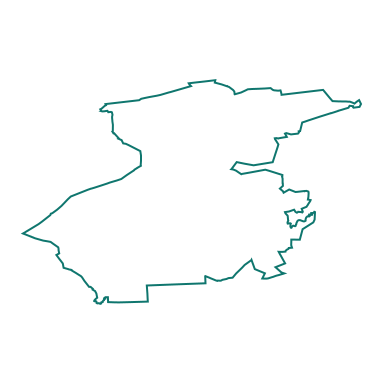 Viesatu pag., Jaunpils, Latvia
{"feature_id": "27541924B50646046706216", "entity_name": "Viesatu pag.", "entity_type": "district", "adm_level": 2, "iso_a3": "LVA", "parent_name": "Latvia", "parent_adm1": "Jaunpils", "projection": "equal_earth", "projection_center": [22.874, 56.816], "detail": "fine", "context": "isolated", "style": "outline", "palette": "teal", "viewbox_px": 384, "rotation_deg": 0, "n_neighbors": 0, "source": "geoboundaries", "source_scale": "gbopen_adm2", "svg_char_len": 5725}
<svg xmlns="http://www.w3.org/2000/svg" viewBox="0 0 384 384"><path d="M105.5,104.1L106.0,105.2L104.8,105.8L101.4,108.8L100.3,109.3L101.4,111.0L101.2,111.1L101.9,111.3L102.2,111.4L104.2,111.3L107.4,110.8L107.5,110.9L108.3,112.2L110.9,111.9L111.9,112.3L112.5,114.8L112.1,116.6L112.1,117.9L112.4,121.1L112.4,121.5L112.9,124.8L112.8,131.4L112.4,131.6L113.5,133.4L114.1,133.2L118.8,138.4L118.4,138.7L121.6,140.1L123.0,143.0L123.2,143.4L125.8,143.8L128.6,145.1L136.2,149.0L140.3,151.1L141.0,155.5L141.0,160.8L140.8,163.6L140.7,164.9L140.9,165.8L137.2,167.9L137.2,168.0L134.4,169.7L134.2,170.2L126.9,175.0L121.3,179.0L116.8,180.5L112.7,181.7L109.7,182.6L107.3,183.5L100.0,185.9L94.4,187.7L91.4,188.6L91.1,188.6L87.7,189.8L70.8,196.5L67.8,199.3L61.5,205.9L57.1,209.7L52.3,213.2L50.8,213.7L50.3,215.1L41.9,221.7L38.6,224.1L30.7,228.9L23.0,233.5L35.1,238.3L43.2,240.6L47.4,241.3L50.6,241.9L53.2,243.8L58.2,247.3L58.5,248.3L58.6,250.4L59.2,253.4L56.4,255.0L58.1,257.3L59.2,258.8L61.4,261.6L62.1,262.6L62.8,263.4L63.6,267.8L68.5,269.2L69.1,269.5L70.7,269.7L71.4,269.9L71.3,270.2L73.6,271.6L75.8,272.9L78.3,274.5L79.9,275.5L80.6,275.9L81.0,276.2L81.3,276.5L82.2,277.5L82.5,278.0L84.4,280.9L89.1,286.9L90.6,286.9L92.9,288.9L92.6,289.6L95.1,291.1L96.4,293.6L96.7,295.3L97.2,297.7L95.5,299.1L94.3,300.5L94.2,301.1L94.4,301.2L94.8,301.1L95.1,301.3L95.5,301.3L95.7,301.2L96.1,301.3L96.3,301.4L96.4,301.6L96.4,301.8L96.6,302.3L96.6,302.7L96.6,302.9L96.6,303.0L96.9,303.1L97.1,303.3L97.6,303.4L97.9,303.3L98.5,303.2L98.8,303.3L99.0,303.2L99.3,303.3L100.1,303.8L100.4,303.8L101.1,303.5L101.1,303.4L101.2,303.1L101.3,302.7L101.2,302.6L101.2,302.4L101.3,302.3L101.5,302.3L101.8,302.2L102.1,302.2L102.6,302.1L102.6,301.8L102.6,301.5L102.7,301.3L103.0,301.1L103.2,300.7L103.4,300.6L103.7,300.3L104.0,300.2L104.1,299.9L104.2,299.6L104.1,299.4L103.9,299.1L104.0,298.8L104.6,298.8L105.1,298.8L105.3,298.7L105.2,298.3L105.0,298.2L104.8,298.2L104.7,298.1L104.6,297.8L104.8,297.7L105.1,297.6L105.2,297.4L105.5,297.2L107.9,297.2L108.1,302.1L113.7,302.3L118.8,302.4L131.0,302.1L147.8,301.6L147.6,298.1L147.4,293.6L146.8,285.5L175.4,284.4L191.5,283.8L205.5,283.3L205.2,276.2L205.3,276.1L209.6,277.8L210.2,278.1L214.1,279.7L215.5,280.3L217.3,280.9L217.6,280.6L220.8,280.7L222.5,279.8L226.4,279.0L228.5,278.1L232.6,277.7L236.2,273.4L238.6,271.1L242.2,267.6L244.6,265.0L245.0,264.7L251.4,260.1L251.5,259.9L252.3,262.2L253.0,264.1L254.8,269.1L264.9,273.3L262.3,278.5L263.8,278.6L266.6,278.6L267.3,278.5L268.1,278.4L271.9,277.2L273.0,276.9L275.4,276.0L276.3,275.7L277.4,275.4L278.7,275.1L280.6,274.5L283.4,273.7L283.9,273.5L284.2,273.4L281.5,272.5L275.5,267.2L285.1,263.4L282.1,258.0L280.9,255.8L279.9,254.1L278.7,251.8L281.1,251.9L282.2,251.9L285.4,251.6L285.4,251.2L286.6,249.8L288.4,248.9L288.7,248.0L292.0,247.7L291.2,245.2L291.3,241.5L291.3,239.6L293.4,239.6L299.8,239.7L302.6,229.2L313.3,222.4L314.6,219.6L315.0,212.1L314.3,211.8L314.0,212.3L313.4,212.8L313.0,213.0L312.5,213.0L311.8,213.0L311.1,213.1L311.1,213.4L311.3,213.6L312.2,214.2L312.1,214.8L311.8,214.9L310.9,214.9L309.7,214.5L309.1,214.5L308.9,215.1L309.5,215.9L309.6,216.1L309.0,216.5L308.2,216.2L307.4,216.4L306.2,217.5L305.6,219.2L305.6,220.7L305.0,221.1L304.2,221.4L303.8,221.4L302.9,221.2L301.3,220.6L300.3,220.2L299.4,220.1L298.6,220.2L298.2,220.4L297.6,220.8L296.7,222.5L296.3,223.6L296.3,224.2L295.9,224.7L295.7,225.8L295.1,226.2L294.2,226.0L293.4,225.7L293.1,225.7L292.4,226.2L292.0,226.6L291.6,227.6L291.3,227.8L290.9,227.7L290.4,226.6L290.5,224.4L290.8,223.6L290.4,223.3L288.8,223.3L287.9,223.7L287.7,223.6L287.6,223.2L287.5,222.8L287.5,222.5L287.7,221.9L287.8,221.5L288.0,221.2L288.2,220.9L288.3,220.7L288.1,220.2L288.0,219.1L287.7,215.9L287.5,215.5L286.9,214.9L285.8,213.7L285.4,213.2L285.0,212.1L289.0,211.5L294.1,209.7L295.5,211.9L296.9,212.7L298.1,212.0L298.2,211.8L302.0,212.2L302.2,212.4L302.8,211.8L301.7,208.8L304.3,207.7L306.5,206.8L307.0,206.0L307.8,204.9L308.2,204.1L310.2,201.1L310.6,200.1L308.0,199.5L307.9,199.5L308.4,196.9L308.5,195.1L308.6,193.8L308.6,193.1L308.6,192.7L308.5,192.1L308.4,191.6L308.2,191.5L306.5,190.9L306.2,190.9L305.1,191.0L304.8,191.2L304.6,191.0L303.7,191.1L297.7,191.8L295.5,192.0L289.2,189.5L283.6,192.7L283.0,191.3L281.5,190.0L281.1,189.7L279.9,188.6L282.9,185.9L282.8,183.3L282.6,183.2L282.6,178.7L282.1,176.7L282.3,176.6L282.4,175.0L269.1,170.8L265.3,169.7L250.1,172.5L241.6,174.0L241.3,174.2L238.6,172.4L236.1,170.7L235.7,170.5L233.5,169.6L233.1,169.5L231.4,169.2L231.5,169.1L236.7,162.1L244.5,163.7L253.6,165.3L272.7,162.2L275.8,152.6L277.6,147.1L278.4,144.4L276.3,141.1L275.0,139.1L274.8,138.3L276.5,138.1L278.4,138.5L278.7,138.3L280.9,137.9L286.8,136.9L285.0,133.6L286.3,133.1L291.0,134.4L298.0,133.6L298.9,132.5L298.7,131.3L300.1,131.1L302.2,122.5L305.0,121.6L309.3,120.1L309.7,120.0L312.4,119.1L320.0,116.6L328.3,114.0L330.7,113.2L330.8,113.3L334.3,112.2L338.5,110.8L338.5,110.7L341.7,109.8L344.3,109.0L348.0,107.9L348.5,107.7L349.6,105.8L353.1,106.2L353.0,107.1L353.5,107.7L359.5,106.9L361.0,104.0L359.1,100.1L357.0,101.5L356.0,102.3L354.5,103.6L352.9,102.8L350.0,101.7L348.7,101.7L346.3,101.5L338.6,101.4L332.5,101.1L329.4,97.5L323.1,89.9L281.6,94.8L281.6,94.7L281.0,92.0L280.5,90.4L278.2,90.7L274.0,90.3L272.7,89.8L270.6,88.1L264.8,88.5L257.9,88.8L252.1,89.0L247.8,89.3L245.8,90.3L241.1,92.5L234.7,94.3L234.6,94.2L234.5,92.8L234.3,91.5L233.5,90.5L233.2,90.1L232.7,89.7L231.6,88.9L230.3,87.9L229.2,87.1L228.9,86.9L227.4,86.4L227.2,86.3L227.1,86.1L226.8,86.2L221.6,84.4L214.8,82.6L215.3,80.2L205.3,81.4L200.0,82.0L194.5,82.6L188.7,83.3L188.8,83.5L189.6,84.6L191.0,86.1L170.3,92.1L169.0,92.4L160.5,94.9L156.9,95.7L149.1,97.1L145.7,97.8L141.2,98.8L139.2,100.2L107.9,103.8L105.5,104.1Z" fill="none" stroke="#0f766e" stroke-width="2"/></svg>